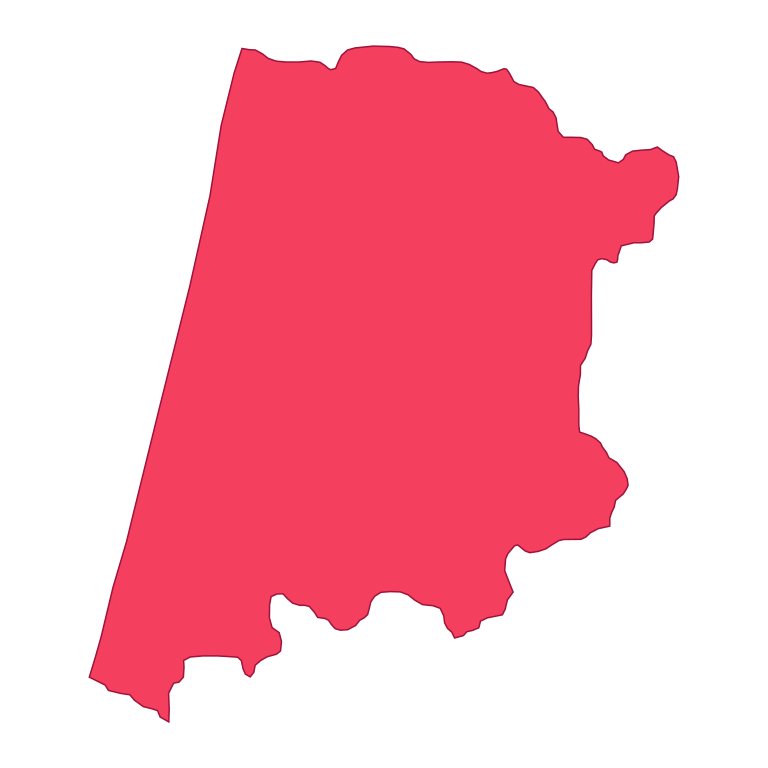 HaSharon, HaMerkaz, Israel (Natural Earth projection)
{"feature_id": "584046B61571705909900", "entity_name": "HaSharon", "entity_type": "district", "adm_level": 2, "iso_a3": "ISR", "parent_name": "Israel", "parent_adm1": "HaMerkaz", "projection": "natural_earth1", "projection_center": [34.955, 32.299], "detail": "fine", "context": "isolated", "style": "filled", "palette": "rose", "viewbox_px": 768, "rotation_deg": 0, "n_neighbors": 0, "source": "geoboundaries", "source_scale": "gbopen_adm2", "svg_char_len": 3069}
<svg xmlns="http://www.w3.org/2000/svg" viewBox="0 0 768 768"><path d="M168.8,721.9L169.2,709.0L168.6,693.2L173.6,683.2L179.0,682.1L183.4,677.1L184.0,667.2L183.6,660.5L190.1,657.0L203.0,655.9L217.2,655.9L229.1,656.6L237.7,657.2L241.4,660.7L243.1,668.9L245.4,674.1L250.2,676.9L253.8,672.4L255.2,665.2L260.7,660.5L267.1,656.8L276.5,654.2L280.5,651.0L281.5,641.6L279.2,632.6L272.1,627.6L269.4,617.8L269.6,604.8L271.1,596.6L277.0,594.0L283.0,593.8L287.6,598.8L292.6,603.1L299.7,605.3L304.7,605.3L309.3,606.4L314.5,612.4L317.7,617.4L325.0,618.5L328.5,620.2L331.4,624.5L335.2,628.7L340.4,630.2L347.7,629.7L355.7,625.4L359.8,620.2L364.2,617.8L367.6,614.6L369.4,607.9L370.7,602.0L374.7,596.2L380.9,592.3L390.3,591.6L400.3,591.9L408.3,594.9L414.7,600.1L422.5,604.6L432.9,605.7L440.2,608.3L443.8,615.9L444.6,622.8L447.5,628.4L451.9,632.3L454.6,638.0L463.4,635.6L466.9,631.7L472.6,630.4L478.8,627.8L480.5,621.1L487.4,617.8L495.1,616.3L502.4,614.8L505.2,609.2L507.4,599.9L513.1,592.1L509.3,582.6L504.7,570.7L505.6,558.8L507.9,553.6L514.5,545.8L517.7,544.9L525.2,551.0L529.8,552.7L538.3,551.4L545.9,548.8L552.1,544.7L558.8,540.6L563.6,539.5L580.9,539.3L585.7,537.1L590.3,532.8L598.0,528.7L609.8,526.1L609.8,525.5L609.8,518.0L611.8,512.1L614.1,507.4L615.7,500.2L623.3,493.9L626.2,489.3L628.1,485.4L627.2,478.7L624.1,471.6L620.5,467.1L616.9,462.5L608.9,457.8L606.4,452.4L602.5,447.2L600.4,442.9L595.6,438.6L590.8,436.0L584.6,433.7L579.6,432.1L578.8,425.2L578.8,409.5L578.2,395.6L578.5,385.8L580.4,374.5L580.5,365.4L585.2,358.3L587.6,350.8L590.9,344.2L591.5,335.6L591.5,323.7L591.4,294.8L591.8,270.4L595.1,263.9L597.6,259.9L601.6,258.7L606.6,259.6L610.5,262.1L613.8,262.9L616.8,262.2L617.6,259.7L617.9,255.3L619.0,252.7L621.2,245.9L633.7,242.8L641.0,242.8L649.2,242.0L652.6,239.1L653.1,234.0L654.1,222.9L654.2,216.0L656.2,213.2L661.2,207.6L666.6,203.2L669.6,200.8L673.1,198.9L676.2,194.6L677.4,188.8L678.7,176.7L676.2,162.1L673.5,156.7L669.1,155.0L663.0,151.1L657.3,147.0L650.5,149.6L641.0,150.2L632.6,151.1L625.8,154.7L623.3,159.4L618.5,162.8L608.6,160.0L603.2,155.8L601.8,152.1L599.8,151.1L594.6,149.2L592.2,144.6L587.2,139.3L580.8,137.5L572.1,137.3L563.3,137.3L558.2,131.4L557.2,125.6L556.1,118.0L553.0,111.9L549.0,108.8L545.3,101.5L542.7,98.1L538.5,92.1L533.3,87.5L524.3,85.6L519.0,84.5L513.8,81.5L511.0,76.1L508.6,71.9L506.5,69.2L504.0,68.7L496.7,71.5L491.9,72.6L487.2,73.2L481.0,71.5L477.0,68.7L469.4,64.5L461.5,62.1L452.1,61.8L439.0,62.0L428.2,62.4L419.6,61.6L414.1,58.8L410.9,54.4L403.9,48.8L397.7,47.3L389.3,46.5L373.1,46.1L355.2,47.9L347.5,50.0L341.6,55.3L338.7,61.1L335.6,68.5L330.8,69.7L328.0,68.3L325.3,65.8L320.1,62.3L316.5,61.7L311.0,61.0L307.4,61.3L299.6,62.0L292.6,62.0L285.7,62.0L275.9,61.1L268.2,58.4L262.6,54.0L255.4,50.0L249.5,49.7L242.0,48.5L234.2,72.8L221.2,125.4L210.0,195.7L189.8,286.2L159.1,409.2L134.2,510.2L126.6,541.4L113.0,587.4L101.1,637.0L95.2,657.8L89.3,677.2L105.1,685.0L108.4,690.4L120.7,693.4L129.9,694.8L134.4,700.2L143.3,706.6L151.7,708.7L157.6,710.7L160.2,717.1L165.1,719.8L168.8,721.9Z" fill="#f43f5e" stroke="#9f1239" stroke-width="1.5"/></svg>